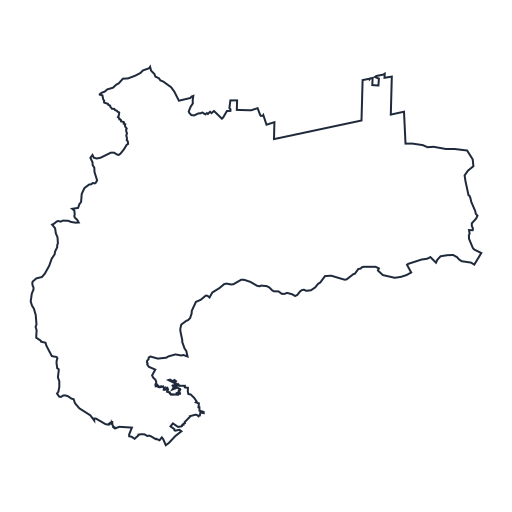 Moldovenesti, Cluj, Romania (Albers equal-area conic projection)
{"feature_id": "2599482B7111939977002", "entity_name": "Moldovenesti", "entity_type": "district", "adm_level": 2, "iso_a3": "ROU", "parent_name": "Romania", "parent_adm1": "Cluj", "projection": "albers", "projection_center": [23.672, 46.466], "detail": "fine", "context": "isolated", "style": "outline", "palette": "slate", "viewbox_px": 512, "rotation_deg": 0, "n_neighbors": 0, "source": "geoboundaries", "source_scale": "gbopen_adm2", "svg_char_len": 5967}
<svg xmlns="http://www.w3.org/2000/svg" viewBox="0 0 512 512"><path d="M203.7,413.1L203.6,411.9L199.5,410.7L199.4,407.2L198.5,407.2L198.9,403.4L195.8,402.3L196.6,401.4L194.2,397.9L190.6,394.4L188.4,394.1L187.8,391.6L187.9,387.8L184.8,387.4L184.9,385.8L179.5,385.8L177.5,383.3L178.3,385.3L178.0,385.6L174.8,382.3L176.0,381.2L174.4,380.0L174.0,380.3L174.9,381.7L174.4,382.1L170.0,379.6L168.5,380.1L174.4,383.0L175.9,385.2L176.1,386.1L175.8,386.7L175.1,385.5L174.9,385.9L174.3,385.1L173.8,385.3L174.3,386.1L174.0,386.7L171.9,384.9L173.2,386.4L173.5,387.7L172.4,389.5L177.2,387.7L180.1,389.0L180.3,389.6L179.8,390.5L179.7,390.1L179.2,390.7L178.5,389.8L178.8,390.5L178.0,390.7L178.9,390.8L179.0,391.5L177.9,392.5L179.3,392.5L180.1,393.2L180.0,393.8L178.1,394.1L178.4,393.5L177.5,392.7L175.9,393.5L177.5,393.5L177.0,394.4L177.2,394.7L171.3,394.2L171.9,394.7L171.0,394.7L169.8,393.5L170.0,392.9L169.6,392.3L167.1,391.8L167.1,391.2L168.1,389.8L167.4,387.9L166.6,388.4L166.1,387.9L165.8,389.5L164.6,389.9L163.7,389.7L164.1,387.8L163.1,386.4L162.2,387.0L161.4,386.3L160.6,386.4L160.4,387.2L159.6,387.3L157.6,385.2L157.7,386.6L155.9,385.6L155.8,387.2L155.4,384.5L156.2,382.8L156.2,381.6L155.3,379.6L153.1,377.5L152.1,375.4L155.3,369.6L148.8,366.8L147.2,364.3L147.6,363.3L146.9,362.4L147.2,360.6L148.5,359.4L148.7,357.6L150.4,356.5L157.8,358.6L166.3,357.7L168.4,356.4L175.5,354.4L181.2,355.5L183.4,355.0L187.5,356.5L186.3,351.0L184.5,348.4L182.2,341.8L182.3,340.3L180.4,331.3L180.3,328.8L181.3,324.5L186.2,320.9L188.1,320.1L190.1,318.1L191.6,313.6L191.8,310.8L195.9,301.9L200.7,299.8L205.8,295.6L207.5,295.8L209.5,297.5L212.3,292.5L219.4,288.1L224.2,284.1L226.6,283.6L231.1,284.5L233.5,284.2L241.3,279.7L244.5,279.9L250.4,281.9L256.9,285.7L259.6,286.3L261.2,285.6L266.7,286.1L269.4,287.5L271.9,290.1L273.8,291.3L278.5,291.4L281.9,293.9L284.5,293.9L287.1,292.9L292.0,294.2L295.1,296.0L297.2,295.0L300.2,291.3L301.9,290.1L303.9,289.7L306.2,290.8L310.9,290.3L315.2,287.4L318.1,283.8L320.2,282.6L325.0,276.1L331.2,275.7L344.6,279.7L346.6,279.4L353.3,274.2L354.9,273.7L358.3,269.0L360.5,268.6L362.0,267.2L363.8,266.8L375.5,266.8L378.9,268.4L377.9,270.5L382.9,275.1L394.8,277.8L400.8,276.9L406.4,275.1L411.2,272.5L407.0,264.8L408.1,263.9L421.7,259.5L427.0,258.8L430.4,257.1L436.0,262.7L437.3,259.8L440.5,256.3L447.2,255.2L453.1,255.0L457.1,257.2L458.9,259.3L461.6,261.2L471.0,262.6L474.3,264.6L481.3,253.0L474.3,249.6L472.9,248.1L469.0,238.7L468.9,235.5L469.6,233.6L469.0,230.1L472.7,230.2L472.9,228.3L471.8,226.0L471.8,223.3L476.1,218.6L477.5,215.7L475.8,213.8L475.2,211.0L471.2,201.7L470.4,198.0L469.5,195.8L468.5,195.2L465.4,180.8L464.6,175.4L467.9,170.7L473.4,166.2L472.7,159.4L467.1,150.5L454.6,149.0L445.9,149.0L433.6,146.8L427.5,147.2L422.7,145.1L412.5,143.6L405.5,143.6L404.0,111.7L390.8,114.6L391.8,76.6L384.5,77.8L384.7,73.7L383.3,74.6L376.3,76.0L374.9,77.0L378.9,78.6L378.4,85.5L372.3,85.1L372.6,77.9L370.4,78.4L369.6,79.3L369.5,78.7L362.6,80.1L361.5,120.5L274.0,139.1L274.4,122.2L266.5,124.7L263.3,115.0L262.8,115.8L261.0,115.9L260.2,115.1L257.6,108.2L251.0,110.3L236.8,109.9L237.1,100.4L230.4,100.4L229.4,108.0L230.5,109.3L230.4,110.9L226.9,111.0L223.2,117.4L221.9,118.7L214.0,111.0L211.5,113.1L210.0,111.8L207.9,114.0L206.9,113.1L205.3,114.4L202.4,112.5L200.5,113.3L198.4,113.4L194.2,115.4L191.4,115.1L189.5,113.2L188.7,111.5L190.7,106.6L192.8,103.5L192.7,100.3L193.3,95.9L191.5,96.6L190.4,98.0L178.9,100.7L174.3,91.6L171.1,87.2L163.3,81.6L160.4,80.4L158.8,78.2L155.4,76.6L154.4,74.0L151.1,70.7L150.1,66.8L149.2,68.2L143.0,70.4L140.4,73.0L135.4,75.6L128.1,78.4L122.9,78.7L118.8,83.3L116.2,84.7L113.0,87.7L107.3,89.4L104.6,91.7L101.7,92.7L99.7,94.3L99.8,94.7L102.4,95.3L103.2,99.3L104.2,100.8L104.0,102.2L104.3,102.7L107.9,103.8L108.2,104.8L110.1,105.6L110.3,106.8L112.1,108.8L114.3,108.9L115.2,110.2L116.7,110.6L117.6,111.7L119.2,112.5L119.0,114.7L118.0,117.1L118.7,117.3L119.4,119.4L120.1,119.2L121.0,120.1L121.1,121.4L123.7,122.0L124.0,122.6L123.7,123.7L125.3,124.3L124.9,125.4L125.2,126.6L126.7,128.6L126.1,129.6L126.3,131.6L127.0,133.3L126.3,135.3L127.0,138.8L126.7,140.1L127.8,141.3L128.1,143.9L126.6,144.9L123.9,149.4L120.5,153.6L118.8,154.9L117.4,154.7L114.1,152.7L110.8,152.7L100.4,157.8L96.6,158.5L93.8,157.7L92.5,155.0L90.4,157.8L92.5,162.3L92.7,165.2L94.3,167.7L94.5,172.1L97.1,180.3L95.9,182.6L94.8,183.4L92.7,183.0L91.4,184.2L89.0,184.6L84.4,188.1L81.7,194.0L81.1,201.9L79.3,204.3L78.1,207.9L72.2,208.8L74.4,210.7L74.7,214.5L74.3,216.1L74.8,217.6L77.2,219.8L78.7,222.5L75.7,222.7L70.7,221.9L68.4,220.8L63.0,220.6L60.7,221.6L58.0,221.0L56.6,221.6L53.9,223.8L52.1,224.6L55.1,228.3L55.9,233.6L57.5,237.2L57.9,243.3L57.2,245.2L57.2,247.2L55.1,251.5L54.6,254.4L51.7,258.7L49.2,265.8L44.8,273.7L41.9,277.0L36.3,278.4L32.9,281.4L32.3,282.5L32.5,285.1L33.5,287.5L33.5,289.5L31.8,293.6L30.7,301.5L32.0,305.6L33.9,308.7L35.7,314.9L36.5,324.5L35.6,326.9L36.6,330.1L36.2,337.7L40.8,340.7L41.1,341.7L45.5,342.7L46.4,345.7L51.8,356.1L56.6,357.0L57.4,358.3L56.7,360.6L56.5,362.8L57.2,368.2L58.5,369.0L58.8,369.9L57.9,377.3L59.3,381.3L59.3,386.9L58.4,391.6L57.0,393.6L59.3,396.7L61.0,396.9L63.2,395.5L65.3,395.4L68.1,396.3L71.4,398.6L73.6,399.2L75.0,403.2L79.3,408.3L90.3,415.3L94.2,420.5L94.1,418.5L95.8,418.5L105.6,424.2L108.7,424.7L108.8,423.9L109.8,423.1L110.3,423.8L111.1,423.7L111.4,422.4L111.7,423.1L112.2,421.1L112.4,424.5L113.1,426.4L114.5,427.3L113.8,427.6L115.0,428.5L119.3,426.8L131.9,427.6L129.1,434.6L129.2,436.3L131.5,436.7L134.6,438.8L138.6,435.2L138.5,434.6L141.5,434.2L144.6,434.4L147.3,436.0L149.0,435.6L150.6,436.1L155.8,439.2L156.2,438.8L159.5,440.3L161.8,437.4L163.1,439.0L165.8,445.2L168.7,443.1L175.4,436.0L181.4,431.3L179.4,429.8L175.2,430.7L174.4,430.2L174.3,429.1L170.5,426.4L172.9,423.4L178.0,426.9L181.5,426.4L181.9,426.2L182.1,425.1L183.4,424.8L183.2,424.1L184.9,423.2L184.6,422.2L190.0,416.7L189.9,416.2L195.5,414.7L196.8,414.9L198.5,416.3L198.9,415.6L199.8,415.5L200.4,412.5L203.7,413.1Z" fill="none" stroke="#1e293b" stroke-width="2"/></svg>